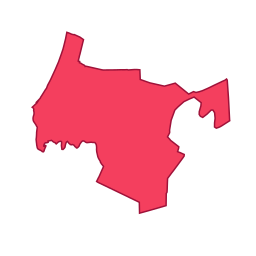 Viļāni, Vilanu, Latvia (Equal Earth projection), rotated 282°
{"feature_id": "27541924B14325871037870", "entity_name": "Viļāni", "entity_type": "district", "adm_level": 2, "iso_a3": "LVA", "parent_name": "Latvia", "parent_adm1": "Vilanu", "projection": "equal_earth", "projection_center": [26.926, 56.548], "detail": "fine", "context": "isolated", "style": "filled", "palette": "rose", "viewbox_px": 256, "rotation_deg": 282, "n_neighbors": 0, "source": "geoboundaries", "source_scale": "gbopen_adm2", "svg_char_len": 3355}
<svg xmlns="http://www.w3.org/2000/svg" viewBox="0 0 256 256"><g transform="rotate(282 128 128)"><path d="M192.9,210.1L192.7,209.9L187.6,203.2L184.6,199.4L182.8,197.0L181.6,195.3L180.5,193.8L179.7,192.6L179.1,191.5L178.5,190.5L177.9,189.3L176.9,187.1L177.2,184.5L173.8,180.3L179.7,168.8L180.4,167.4L181.7,164.9L179.6,160.9L176.5,154.9L176.7,140.0L177.1,136.8L178.0,129.9L187.4,127.5L187.0,124.4L186.6,122.4L185.1,117.2L184.8,116.2L184.9,115.0L184.3,112.8L183.5,108.9L182.1,103.1L180.6,96.3L179.8,92.8L179.6,92.0L179.5,90.8L179.5,89.0L179.7,74.3L179.6,73.9L179.4,73.5L179.5,73.5L180.4,72.0L180.8,70.2L181.4,68.9L181.4,68.7L181.7,67.8L181.8,66.9L183.0,66.9L183.1,65.4L187.5,65.5L189.0,65.5L189.5,65.6L205.2,66.1L206.9,62.1L208.2,56.1L208.0,55.9L208.0,53.3L208.2,52.7L208.6,50.7L208.9,48.3L202.2,48.4L195.8,48.2L191.4,48.0L186.4,47.4L178.1,46.3L174.2,45.5L170.6,44.8L158.7,42.1L153.1,40.5L149.8,40.0L148.7,39.4L141.5,36.8L139.8,36.1L138.9,36.0L133.4,32.6L134.5,34.0L133.2,33.5L132.3,32.7L130.2,31.3L128.4,30.0L128.2,30.5L127.6,31.4L127.2,31.7L126.4,32.0L125.3,32.1L124.2,32.7L122.0,33.2L120.8,33.1L119.5,33.0L118.6,33.0L117.7,33.1L116.9,33.3L115.8,33.7L115.1,34.1L114.5,34.6L113.4,35.8L111.8,37.4L111.0,38.0L109.9,39.1L104.8,39.5L103.8,39.7L102.0,40.0L100.0,40.3L97.7,40.5L94.9,41.4L94.1,41.7L92.2,42.3L90.9,42.9L89.9,43.3L89.2,43.8L88.6,44.6L88.2,46.1L87.7,48.1L87.1,49.0L87.1,49.4L87.0,49.9L87.1,50.1L87.2,50.3L87.4,50.4L88.0,50.6L88.4,50.7L88.6,50.7L88.8,50.6L91.0,51.0L91.7,51.1L92.3,51.3L93.3,51.4L93.7,51.3L93.8,51.1L93.7,50.6L92.4,49.6L92.1,49.5L93.5,49.3L95.0,49.5L95.8,49.8L96.4,50.3L96.6,51.3L97.0,52.3L97.5,52.9L98.6,52.5L100.0,55.8L98.9,57.9L98.8,58.2L98.6,58.9L98.5,59.8L98.2,60.1L97.6,60.9L97.5,61.1L99.0,62.2L100.0,62.9L100.8,64.3L101.0,65.3L100.5,66.0L97.0,66.5L94.4,67.4L93.4,67.8L93.5,68.9L95.0,69.9L95.8,70.2L96.4,70.4L96.9,70.3L97.3,70.3L97.8,70.3L98.7,70.3L99.9,70.4L101.5,70.7L102.3,71.5L101.5,72.5L100.6,73.6L100.4,74.2L99.8,75.0L99.9,75.5L99.8,76.1L100.3,77.1L100.0,78.6L98.6,80.3L98.5,80.9L98.0,81.4L97.8,81.8L97.8,82.2L98.2,82.7L99.2,83.4L100.1,83.9L102.0,84.2L104.2,85.1L105.8,86.1L106.1,87.3L105.9,88.2L105.3,89.5L105.1,90.8L105.7,92.7L106.1,93.8L106.5,95.3L106.5,96.4L106.7,97.4L106.9,98.6L106.2,99.5L105.1,100.4L103.9,100.9L102.2,101.4L100.4,101.7L98.4,102.3L96.2,103.3L93.6,104.5L92.7,105.1L91.8,105.8L90.1,107.4L89.0,108.2L88.5,108.3L88.3,108.7L87.4,109.5L85.4,112.0L84.4,111.9L82.0,111.4L80.1,111.0L77.2,110.4L74.3,109.8L73.1,109.4L70.7,108.8L69.2,108.4L68.9,109.1L68.8,109.3L68.3,111.1L63.0,132.9L60.8,142.0L60.3,143.9L58.5,151.3L57.7,154.5L47.1,157.0L51.2,164.9L60.0,181.4L71.1,179.2L71.7,179.0L73.4,179.5L76.6,179.0L82.7,177.9L85.1,177.5L86.9,177.2L93.9,180.4L94.2,180.6L97.0,181.9L100.1,183.3L100.5,183.5L110.2,187.9L112.2,188.7L113.8,188.5L114.8,183.9L114.8,183.5L115.2,181.4L118.5,181.7L120.2,181.6L124.0,173.8L124.7,172.3L124.8,172.1L125.4,171.5L127.5,168.5L132.0,169.7L133.1,169.5L134.7,169.1L144.6,168.6L155.3,170.1L158.9,172.4L165.4,177.2L169.1,182.0L172.0,186.2L168.0,194.3L164.9,194.7L158.8,194.3L156.1,194.8L154.5,196.4L153.9,198.9L158.0,202.4L162.8,205.6L163.2,207.3L161.0,209.5L155.6,211.2L151.0,211.6L147.0,212.4L146.2,214.4L147.3,216.3L148.1,217.5L149.7,219.3L156.3,226.0L156.7,225.8L178.4,220.0L195.5,215.1L196.4,214.2L194.9,212.9L192.9,210.1Z" fill="#f43f5e" stroke="#9f1239" stroke-width="1.5"/></g></svg>